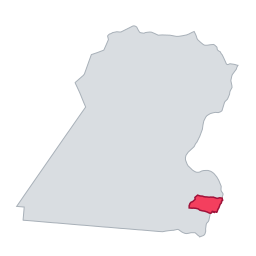 Al Qubbah on a map of Libya (Robinson projection), rotated 95°
{"feature_id": "LBY-2986", "entity_name": "Al Qubbah", "entity_type": "Municipality", "adm_level": 1, "iso_a3": "LBY", "parent_name": "Libya", "parent_adm1": "", "projection": "robinson", "projection_center": [22.615, 31.87], "detail": "fine", "context": "in_parent", "style": "filled", "palette": "rose", "viewbox_px": 256, "rotation_deg": 95, "n_neighbors": 0, "source": "natural_earth", "source_scale": "10m", "svg_char_len": 3926}
<svg xmlns="http://www.w3.org/2000/svg" viewBox="0 0 256 256"><g transform="rotate(95 128 128)"><path d="M28.9,68.8L30.5,68.0L32.7,67.1L33.8,66.4L34.3,65.8L36.1,63.5L37.0,62.2L38.2,60.4L38.8,59.1L38.8,58.0L38.7,56.6L37.9,53.3L37.3,50.0L37.9,48.8L38.4,48.2L39.5,46.7L39.9,46.4L42.1,45.9L43.0,44.9L43.7,43.6L43.9,42.9L44.9,42.2L46.0,41.5L46.8,40.6L49.1,39.2L51.2,38.0L53.7,36.6L55.6,35.6L56.1,34.7L56.1,33.9L55.1,32.1L55.2,30.0L55.3,28.2L55.4,27.2L56.0,24.3L56.0,23.9L57.9,24.8L59.9,25.2L65.8,28.8L67.6,29.2L71.8,29.7L76.7,28.2L78.6,27.9L81.8,29.3L83.2,29.7L85.6,29.8L89.7,31.1L90.7,31.5L93.0,33.5L94.1,34.1L102.6,35.9L103.7,37.1L104.8,39.4L104.8,42.3L105.4,44.4L106.4,47.1L107.7,49.0L109.0,50.6L110.6,51.6L114.4,53.1L118.6,53.6L122.8,53.8L130.1,55.8L136.2,58.2L137.7,59.3L140.8,60.5L146.9,66.0L150.3,67.9L152.7,68.2L154.9,67.9L158.8,66.0L160.4,64.9L164.3,60.1L165.6,57.6L166.1,55.9L166.0,54.1L165.5,52.5L164.4,50.8L163.7,48.6L163.3,44.6L163.9,41.9L164.7,40.2L165.8,38.5L169.0,35.3L172.3,33.0L177.9,30.1L181.2,30.0L182.5,29.7L185.2,27.6L186.3,27.5L187.8,28.0L192.3,27.9L194.2,28.5L196.6,29.8L199.5,30.6L201.6,31.4L203.8,32.4L204.3,35.0L204.1,35.8L204.0,36.8L206.3,38.6L212.9,39.4L214.2,39.9L216.0,41.3L217.2,41.7L221.6,41.9L224.2,41.6L226.7,42.1L227.7,42.6L228.6,43.6L229.8,46.2L230.3,47.1L229.8,47.5L229.1,48.4L228.6,49.3L227.5,50.6L226.5,52.0L226.6,54.0L226.8,56.1L227.5,58.2L228.1,60.5L228.0,62.0L227.5,63.8L226.9,65.3L225.0,68.5L224.7,69.2L224.8,70.3L226.0,74.0L226.1,75.2L226.8,78.8L227.5,81.8L228.2,84.1L228.3,84.7L228.4,88.2L228.4,91.6L228.4,95.0L228.4,98.4L228.4,101.8L228.4,105.2L228.5,108.7L228.5,112.1L228.5,115.5L228.5,118.9L228.5,122.3L228.6,125.8L228.6,129.2L228.6,132.6L228.6,136.0L228.6,139.4L228.7,142.8L228.7,146.3L228.7,149.7L228.7,153.1L228.7,156.5L228.7,159.9L228.7,163.3L228.8,166.8L228.8,170.2L228.8,173.6L228.8,177.0L228.8,180.4L228.8,183.8L228.8,187.3L228.8,190.7L228.9,194.1L228.9,201.7L228.9,209.3L228.9,216.8L229.0,224.4L228.9,224.5L225.5,224.5L222.3,224.5L219.0,224.5L215.8,224.5L215.8,226.4L215.8,228.3L215.8,230.2L215.8,232.1L209.5,228.5L203.1,224.9L196.8,221.3L190.5,217.7L184.2,214.1L177.9,210.5L171.6,206.9L165.3,203.3L159.0,199.7L152.7,196.1L146.4,192.5L140.1,188.9L133.9,185.3L127.6,181.7L121.3,178.1L115.1,174.5L110.8,172.0L106.1,174.5L102.4,176.4L97.5,178.9L91.9,182.1L87.6,184.6L87.4,184.6L87.2,184.5L82.8,180.3L79.4,177.0L77.9,176.1L71.4,174.4L64.9,172.7L58.1,170.9L56.9,168.2L55.6,165.2L53.8,161.5L52.7,159.2L52.3,158.8L47.1,157.0L41.6,155.2L38.3,156.3L37.8,156.2L36.9,155.5L36.0,154.6L35.5,153.3L34.3,151.6L33.1,147.6L33.1,144.4L32.9,143.3L30.2,138.9L27.7,134.8L26.0,132.1L25.7,130.9L26.0,129.4L26.7,128.1L29.3,126.5L31.6,124.8L32.0,123.6L32.2,120.3L31.5,119.2L31.0,117.3L30.5,114.6L30.5,112.9L31.6,109.5L32.9,106.0L32.3,102.1L31.9,94.2L32.5,88.0L32.3,85.8L32.1,84.8L31.4,81.9L30.5,78.9L30.2,77.8L29.0,75.4L27.1,72.4L26.1,70.5L27.6,69.6L28.9,68.8Z" fill="#d9dde1" stroke="#a8b0b8" stroke-width="1"/><path d="M189.7,28.0L191.1,27.8L191.3,27.5L191.7,27.4L191.8,27.4L192.0,27.5L192.1,27.8L192.5,28.3L193.1,28.5L194.2,28.4L194.7,28.6L196.0,29.6L196.5,29.8L197.3,29.9L200.3,30.8L201.0,31.3L201.3,31.4L201.8,31.6L202.4,31.6L202.7,31.7L203.2,31.9L203.8,32.0L204.0,32.1L204.2,32.3L204.2,32.5L203.9,32.9L203.9,33.1L204.0,34.0L204.3,34.4L204.6,34.6L204.5,34.9L204.3,35.8L204.1,35.7L204.0,35.3L203.9,35.2L203.7,36.5L203.7,36.8L203.9,36.9L204.7,37.2L205.0,37.3L205.4,37.7L205.6,38.0L205.8,38.5L205.5,40.0L204.8,41.8L204.2,44.2L204.0,46.9L203.6,49.3L202.5,50.9L202.1,53.5L202.1,55.9L202.3,57.0L202.3,60.1L201.3,60.2L200.0,60.3L198.7,59.9L197.8,59.7L196.4,58.7L195.7,57.2L194.2,55.8L193.2,54.9L191.3,55.3L188.8,52.8L189.2,51.2L189.4,50.1L189.4,47.6L189.7,46.8L189.9,45.1L189.8,43.5L189.9,41.1L189.6,39.7L189.6,38.3L189.4,37.0L189.6,36.5L189.8,35.4L190.1,34.3L190.3,33.5L190.2,32.3L189.8,31.5L189.5,30.4L189.6,29.1L189.6,28.1L189.7,28.0Z" fill="#f43f5e" stroke="#9f1239" stroke-width="1.5"/></g></svg>